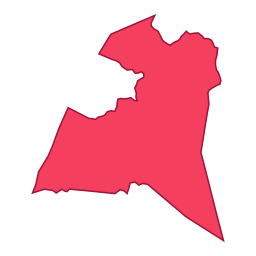 Ingá, Paraíba, Brazil (Robinson projection)
{"feature_id": "56859067B54880243717601", "entity_name": "Ingá", "entity_type": "district", "adm_level": 2, "iso_a3": "BRA", "parent_name": "Brazil", "parent_adm1": "Paraíba", "projection": "robinson", "projection_center": [-35.625, -7.279], "detail": "fine", "context": "isolated", "style": "filled", "palette": "rose", "viewbox_px": 256, "rotation_deg": 0, "n_neighbors": 0, "source": "geoboundaries", "source_scale": "gbopen_adm2", "svg_char_len": 1411}
<svg xmlns="http://www.w3.org/2000/svg" viewBox="0 0 256 256"><path d="M38.6,171.8L35.9,184.3L32.5,193.0L44.4,189.2L47.8,189.7L52.9,190.5L56.2,193.0L62.0,189.3L64.2,190.9L67.1,191.6L69.4,189.1L77.4,189.9L83.5,190.4L115.1,193.6L120.1,189.7L124.2,190.9L127.0,193.6L128.7,188.6L130.2,183.0L135.0,182.1L138.9,185.1L142.4,183.5L147.6,184.3L186.3,217.0L223.5,240.6L216.9,215.4L206.9,175.7L200.9,152.4L207.3,113.0L208.9,104.3L207.9,92.9L209.3,90.0L212.3,88.0L216.9,85.3L219.9,84.2L220.9,80.4L219.6,76.1L218.2,72.3L216.5,70.0L215.5,64.8L215.6,59.9L216.7,56.3L217.3,52.3L217.8,48.0L214.3,46.9L213.3,43.8L211.4,40.2L208.0,38.6L204.3,38.6L201.9,35.8L198.1,32.9L193.5,33.3L189.6,34.0L186.2,31.2L183.7,34.2L181.5,36.0L180.0,38.8L178.0,40.7L174.7,42.0L169.9,45.3L166.0,43.0L162.8,40.6L160.3,35.6L158.0,31.2L153.7,28.6L151.5,26.3L151.1,23.2L154.8,15.4L138.7,22.2L135.2,23.8L127.2,27.2L110.9,34.2L107.5,39.6L98.9,53.9L112.0,59.4L116.4,60.8L119.6,62.8L122.1,66.7L127.3,70.1L132.2,69.4L135.2,73.2L138.3,73.0L141.1,71.7L143.7,73.5L143.8,77.3L140.6,78.9L137.6,81.0L136.7,84.2L134.8,88.0L136.3,93.3L135.9,97.1L137.2,100.8L134.3,100.4L130.9,97.7L127.2,98.5L124.0,99.0L120.9,98.4L117.9,99.2L117.3,102.3L116.8,106.6L114.8,111.4L110.8,110.7L107.1,111.9L104.9,115.0L101.6,116.5L98.4,117.0L95.4,119.4L92.5,118.6L88.9,118.4L68.1,107.7L59.0,128.2L52.2,146.7L48.3,155.8L38.6,171.8Z" fill="#f43f5e" stroke="#9f1239" stroke-width="1.5"/></svg>